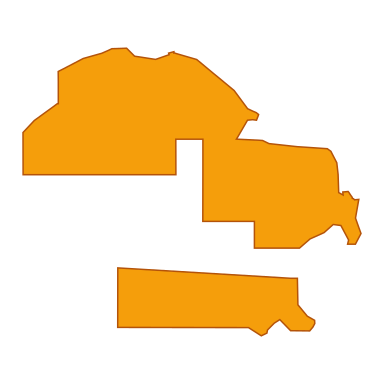 Wagait, Northern Territory, Australia (orthographic projection)
{"feature_id": "25037944B50083435969321", "entity_name": "Wagait", "entity_type": "district", "adm_level": 2, "iso_a3": "AUS", "parent_name": "Australia", "parent_adm1": "Northern Territory", "projection": "orthographic", "projection_center": [130.755, -12.442], "detail": "fine", "context": "isolated", "style": "filled", "palette": "amber", "viewbox_px": 384, "rotation_deg": 0, "n_neighbors": 0, "source": "geoboundaries", "source_scale": "gbopen_adm2", "svg_char_len": 1666}
<svg xmlns="http://www.w3.org/2000/svg" viewBox="0 0 384 384"><path d="M358.8,199.4L354.5,199.8L354.4,199.7L354.1,199.3L353.6,198.9L353.4,198.7L353.2,198.6L352.9,198.5L352.7,198.4L352.3,198.3L352.3,198.1L352.3,197.8L352.2,197.4L352.1,197.2L351.6,196.4L351.3,196.1L351.1,195.8L350.5,194.9L349.8,193.9L349.6,193.5L349.4,193.2L348.7,192.2L348.3,191.8L348.1,191.5L342.8,192.0L343.1,195.0L338.7,192.6L338.1,174.5L336.8,162.8L332.1,153.7L330.9,151.3L327.3,148.7L305.3,147.2L297.4,146.7L286.4,145.5L269.0,143.6L262.6,140.5L258.4,140.2L237.5,139.2L236.4,139.1L237.8,136.9L247.5,120.2L252.6,119.7L256.5,120.2L258.3,115.5L258.6,114.5L256.2,112.6L252.9,111.2L247.6,108.7L234.2,90.6L218.3,77.4L213.9,73.8L208.5,69.3L196.7,59.5L186.0,56.4L175.7,53.4L174.3,52.9L173.9,53.0L173.9,51.7L168.6,53.1L169.1,54.7L162.5,57.0L155.9,59.3L155.5,59.4L147.7,58.2L140.7,57.1L134.6,56.2L133.5,55.1L127.4,49.0L126.6,48.2L121.7,48.4L118.6,48.5L116.0,48.6L111.9,48.7L108.1,50.5L101.7,53.3L98.8,54.1L83.2,58.5L67.3,66.8L64.5,68.3L62.1,69.5L58.2,71.5L58.3,81.5L58.3,100.1L58.3,103.7L57.3,103.7L51.8,107.8L50.0,109.1L46.8,111.4L34.3,120.5L23.0,132.5L23.1,174.7L98.4,174.7L148.8,174.7L175.9,174.7L175.8,139.2L202.9,139.2L202.9,169.1L202.8,221.4L254.4,221.4L254.4,248.1L299.5,248.1L310.1,238.9L324.1,232.6L333.2,224.5L340.9,225.5L348.6,240.0L347.6,244.2L355.4,244.2L361.0,233.5L358.7,227.2L355.5,218.1L358.7,199.9L358.8,199.4ZM261.3,335.8L266.9,333.1L267.5,330.0L274.2,323.2L279.8,319.6L290.6,330.7L309.7,330.9L312.9,327.1L314.8,323.5L314.6,320.3L307.3,316.2L297.9,304.8L297.4,278.3L290.9,278.3L117.8,267.9L117.7,327.4L248.5,327.6L261.3,335.8Z" fill="#f59e0b" stroke="#b45309" stroke-width="1.5"/></svg>